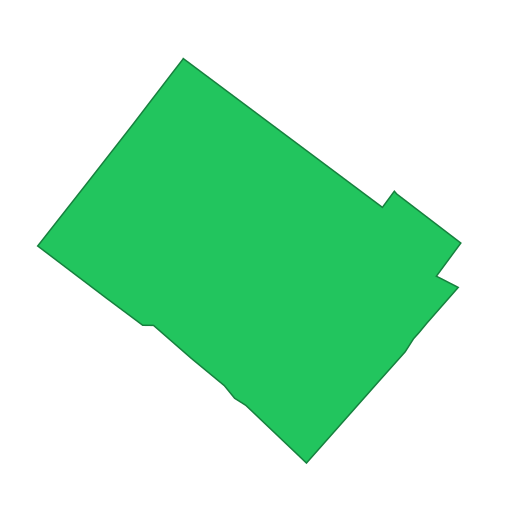 the district of Butler, Ohio, United States of America, rotated 37°
{"feature_id": "52423323B28721217330629", "entity_name": "Butler", "entity_type": "district", "adm_level": 2, "iso_a3": "USA", "parent_name": "United States of America", "parent_adm1": "Ohio", "projection": "robinson", "projection_center": [-84.591, 39.442], "detail": "fine", "context": "isolated", "style": "filled", "palette": "green", "viewbox_px": 512, "rotation_deg": 37, "n_neighbors": 0, "source": "geoboundaries", "source_scale": "gbopen_adm2", "svg_char_len": 519}
<svg xmlns="http://www.w3.org/2000/svg" viewBox="0 0 512 512"><g transform="rotate(37 256 256)"><path d="M75.6,379.4L161.7,379.7L207.2,379.5L215.9,373.1L266.0,376.7L308.8,378.6L324.6,382.5L337.8,381.4L420.9,391.0L429.5,282.4L432.8,242.8L431.6,227.2L432.3,219.2L432.9,206.3L436.4,159.4L412.2,163.6L411.8,122.4L331.2,121.8L327.5,121.0L327.7,141.1L79.1,142.1L79.2,142.5L79.2,143.4L79.0,159.8L78.8,183.4L78.7,193.3L78.5,223.7L77.2,301.1L75.7,375.5L75.6,379.4Z" fill="#22c55e" stroke="#15803d" stroke-width="1.5"/></g></svg>